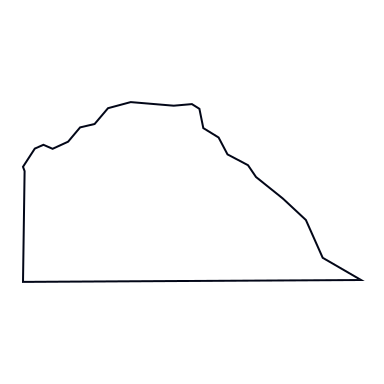 the district of Camp, Texas, United States of America
{"feature_id": "52423323B72263497206932", "entity_name": "Camp", "entity_type": "district", "adm_level": 2, "iso_a3": "USA", "parent_name": "United States of America", "parent_adm1": "Texas", "projection": "equal_earth", "projection_center": [-94.984, 32.989], "detail": "fine", "context": "isolated", "style": "outline", "palette": "ink", "viewbox_px": 384, "rotation_deg": 0, "n_neighbors": 0, "source": "geoboundaries", "source_scale": "gbopen_adm2", "svg_char_len": 405}
<svg xmlns="http://www.w3.org/2000/svg" viewBox="0 0 384 384"><path d="M43.4,144.8L34.8,148.6L23.0,166.8L24.6,171.1L23.0,281.9L361.0,280.0L322.7,257.8L305.9,220.0L282.8,198.5L256.0,177.0L248.0,165.2L227.5,154.4L218.6,137.5L203.3,128.1L199.4,108.8L191.9,104.1L173.7,105.7L130.7,102.1L108.0,108.2L94.6,124.0L80.1,127.4L68.1,141.7L52.6,148.8L43.4,144.8Z" fill="none" stroke="#020617" stroke-width="2"/></svg>